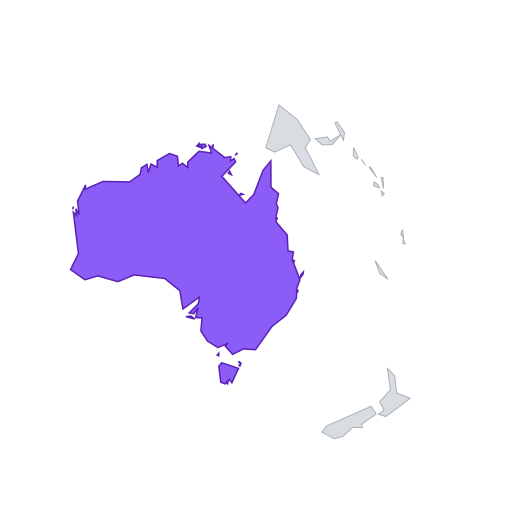 where Australia sits in Oceania, rotated 17°
{"feature_id": "AUS", "entity_name": "Australia", "entity_type": "country or territory", "adm_level": 0, "iso_a3": "AUS", "parent_name": "Oceania", "parent_adm1": "", "projection": "robinson", "projection_center": [137.073, -32.4], "detail": "medium", "context": "in_parent", "style": "filled", "palette": "violet", "viewbox_px": 512, "rotation_deg": 17, "n_neighbors": 5, "source": "natural_earth", "source_scale": "50m", "svg_char_len": 3251}
<svg xmlns="http://www.w3.org/2000/svg" viewBox="0 0 512 512"><g transform="rotate(17 256 256)"><path d="M233.7,104.8L255.5,113.5L274.1,128.8L271.3,137.8L292.4,159.8L275.6,156.7L256.4,139.5L243.5,151.2L233.8,149.7L233.7,104.8ZM304.6,112.1L305.7,119.7L292.6,105.7L294.3,104.1L304.6,112.1ZM296.4,127.1L286.7,130.4L278.2,126.5L289.4,121.3L293.4,124.5L301.5,115.4L296.4,127.1ZM317.5,123.7L325.0,131.9L324.2,133.9L319.8,131.9L317.5,123.7Z" fill="#d9dde1" stroke="#a8b0b8" stroke-width="1"/><path d="M391.5,196.5L395.1,200.5L393.1,201.4L391.5,196.5ZM391.8,195.4L388.2,193.0L388.3,187.8L391.8,195.4Z" fill="#d9dde1" stroke="#a8b0b8" stroke-width="1"/><path d="M371.2,225.6L389.0,239.7L379.3,236.4L371.2,225.6Z" fill="#d9dde1" stroke="#a8b0b8" stroke-width="1"/><path d="M360.5,158.9L359.1,161.5L356.9,157.2L360.5,158.9ZM354.7,144.2L358.2,154.3L352.6,144.2L354.7,144.2ZM354.1,154.9L348.0,154.4L347.2,150.6L351.2,151.7L354.1,154.9ZM339.2,137.3L348.6,145.7L338.3,138.0L339.2,137.3ZM331.8,135.3L334.2,137.5L328.2,132.4L331.8,135.3Z" fill="#d9dde1" stroke="#a8b0b8" stroke-width="1"/><path d="M445.1,346.9L427.0,371.6L419.4,371.5L423.6,365.9L416.8,359.4L423.7,344.8L414.5,325.1L423.7,330.2L430.7,345.9L445.1,346.9ZM373.5,397.6L410.0,366.1L417.1,372.0L406.3,385.8L407.8,389.1L398.5,391.7L392.0,403.0L384.2,407.9L370.3,405.1L373.5,397.6Z" fill="#d9dde1" stroke="#a8b0b8" stroke-width="1"/><path d="M242.4,160.7L250.2,185.8L259.4,189.9L260.1,200.0L263.0,203.5L263.6,212.9L265.6,217.8L279.7,226.8L285.1,241.7L290.6,241.2L291.7,248.7L305.0,266.0L304.4,274.5L307.0,284.7L302.2,303.8L291.9,318.6L282.9,345.8L271.1,348.6L262.4,356.9L253.1,351.3L254.1,348.3L246.3,354.7L234.4,351.5L225.2,343.8L222.5,331.0L216.2,332.6L215.7,322.6L213.3,329.4L208.7,330.0L214.8,318.6L213.9,311.7L201.6,328.0L193.3,311.4L175.3,304.2L145.0,309.7L131.5,320.9L110.5,321.3L99.4,328.7L82.6,323.2L85.5,305.6L68.5,267.5L72.5,269.7L69.9,263.5L74.7,268.3L69.3,255.5L72.3,237.8L73.1,242.0L88.0,229.4L113.5,222.1L121.3,211.8L120.7,205.1L124.9,200.2L128.6,207.7L128.7,198.8L135.7,200.0L133.6,193.7L143.2,183.3L151.7,183.6L155.5,192.6L158.5,188.8L164.9,191.3L163.3,186.1L170.8,172.6L183.4,170.5L178.8,164.0L197.4,171.0L202.8,168.4L203.8,172.5L206.6,169.3L209.0,172.0L200.0,189.8L230.5,208.4L235.9,197.7L237.7,172.0L242.4,160.7ZM254.4,368.1L272.1,368.6L270.0,384.3L266.4,381.8L263.8,387.4L259.2,387.0L252.7,372.3L254.4,368.1ZM170.7,165.3L174.6,164.0L176.3,165.7L172.7,169.1L170.7,165.3ZM211.3,332.4L215.8,334.2L206.7,334.5L211.3,332.4ZM205.9,182.5L208.7,185.5L205.3,184.9L205.9,182.5ZM304.5,264.5L304.5,260.7L305.9,257.5L306.3,259.8L304.5,264.5ZM269.9,361.9L272.9,362.7L272.9,364.0L269.9,361.9ZM168.7,165.0L170.6,168.4L167.2,168.2L168.7,165.0ZM249.5,362.4L247.8,362.1L248.8,359.9L249.5,362.4ZM225.6,200.8L224.0,201.8L222.4,202.4L223.2,200.5L225.6,200.8ZM67.1,262.9L67.1,264.8L66.9,263.0L67.1,262.9ZM272.2,365.2L273.3,366.1L271.1,365.4L272.2,365.2ZM292.8,249.2L294.1,249.2L294.0,250.9L292.8,249.2ZM264.0,212.8L265.4,213.8L265.2,214.4L264.0,212.8ZM266.1,385.1L266.2,386.7L265.1,386.2L266.1,385.1ZM306.2,276.0L306.3,278.1L306.1,278.0L306.2,276.0ZM182.9,163.9L182.0,163.0L182.6,162.5L182.9,163.9ZM207.8,164.1L206.5,165.8L208.0,162.8L207.8,164.1Z" fill="#8b5cf6" stroke="#5b21b6" stroke-width="1.5"/></g></svg>